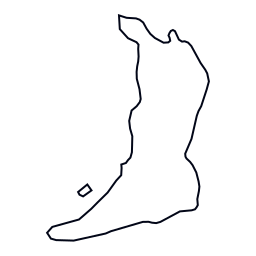 map outline of Ōsaka (Albers equal-area conic projection)
{"feature_id": "JPN-1852", "entity_name": "Ōsaka", "entity_type": "Urban Prefecture", "adm_level": 1, "iso_a3": "JPN", "parent_name": "Japan", "parent_adm1": "", "projection": "albers", "projection_center": [135.469, 34.636], "detail": "fine", "context": "isolated", "style": "outline", "palette": "ink", "viewbox_px": 256, "rotation_deg": 0, "n_neighbors": 0, "source": "natural_earth", "source_scale": "10m", "svg_char_len": 1250}
<svg xmlns="http://www.w3.org/2000/svg" viewBox="0 0 256 256"><path d="M47.1,232.8L52.3,226.9L79.0,219.5L91.3,208.8L97.7,202.3L107.6,192.6L116.3,180.5L121.2,175.2L121.6,168.0L121.3,164.5L125.9,163.0L128.0,160.1L130.4,157.6L131.9,152.3L132.1,145.5L132.3,136.2L130.1,128.6L129.2,120.9L131.6,110.5L136.7,106.2L139.1,103.0L139.8,102.1L140.1,101.0L140.7,99.0L139.5,89.2L136.8,78.8L136.6,71.9L137.2,66.3L138.2,61.4L138.6,56.5L138.2,48.9L138.5,44.6L136.5,42.2L128.0,38.2L119.8,29.1L119.0,15.4L126.6,17.8L136.0,18.4L139.6,19.7L143.2,22.5L146.6,28.7L150.3,33.9L154.9,38.0L163.6,42.7L168.3,42.4L170.2,40.8L169.6,37.8L168.5,35.5L169.4,33.2L170.8,31.0L172.9,30.0L175.0,31.2L178.9,39.6L182.0,41.6L184.7,41.3L188.1,42.6L191.3,46.0L200.6,63.0L205.3,69.8L207.2,73.4L208.9,81.4L206.7,89.4L201.2,106.2L198.5,111.1L196.8,115.8L191.5,138.9L185.2,153.7L185.5,156.7L186.5,158.5L190.1,161.9L192.6,165.2L196.3,172.5L198.6,181.5L199.4,186.6L198.9,191.1L197.3,199.1L197.8,205.1L196.5,207.4L195.0,209.3L191.7,210.3L179.9,211.4L160.4,221.9L156.2,223.1L152.0,222.7L148.6,221.8L142.8,221.9L111.0,231.2L105.7,233.5L73.7,240.6L56.2,240.1L50.9,238.6L47.1,232.8ZM78.1,192.0L87.3,184.5L91.5,190.4L83.1,196.4L79.5,194.7L78.1,192.0Z" fill="none" stroke="#020617" stroke-width="2"/></svg>